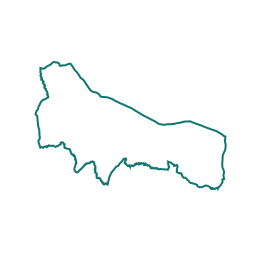 outline of Sangkhom, Nong Khai, Thailand, rotated 341°
{"feature_id": "78962969B79910801110812", "entity_name": "Sangkhom", "entity_type": "district", "adm_level": 2, "iso_a3": "THA", "parent_name": "Thailand", "parent_adm1": "Nong Khai", "projection": "robinson", "projection_center": [102.176, 18.069], "detail": "fine", "context": "isolated", "style": "outline", "palette": "teal", "viewbox_px": 256, "rotation_deg": 341, "n_neighbors": 0, "source": "geoboundaries", "source_scale": "gbopen_adm2", "svg_char_len": 5758}
<svg xmlns="http://www.w3.org/2000/svg" viewBox="0 0 256 256"><g transform="rotate(341 128 128)"><path d="M193.3,214.6L194.0,213.9L197.3,212.0L199.8,209.8L200.1,209.1L200.5,207.4L202.4,207.5L202.6,204.8L203.1,203.1L204.2,201.8L204.5,201.0L204.4,200.0L204.7,199.1L204.6,197.5L204.4,196.3L205.1,193.5L208.6,184.9L210.2,183.0L212.7,180.4L213.8,178.5L215.0,175.4L215.2,172.7L215.4,172.1L217.3,167.8L216.1,166.8L215.5,166.0L214.9,164.8L210.5,159.7L202.9,153.7L197.5,149.0L192.8,145.4L189.0,142.0L183.8,140.4L180.9,140.0L179.4,140.1L176.8,139.5L172.9,139.1L169.2,138.2L166.5,137.2L163.8,137.0L160.2,135.2L158.6,134.1L157.2,132.7L156.4,131.3L146.9,121.5L137.1,109.8L135.4,108.4L132.0,105.0L128.7,102.1L125.1,98.5L122.6,95.6L119.2,92.8L117.9,92.0L113.5,90.1L112.2,89.1L111.9,88.2L111.9,87.2L110.5,85.1L109.6,84.2L106.5,82.3L105.6,81.5L104.4,79.0L101.8,69.0L100.9,67.0L99.5,65.2L98.5,60.6L97.6,58.0L96.8,56.7L96.5,55.8L95.4,51.0L94.6,48.7L93.8,48.2L91.7,48.1L89.8,48.3L88.3,48.1L86.6,47.5L84.4,47.3L83.8,46.9L83.9,45.0L83.5,44.1L82.9,43.3L82.0,42.8L81.2,42.7L80.6,42.1L79.5,41.4L77.7,41.7L76.1,42.6L74.8,42.9L70.7,43.5L68.5,44.5L67.7,44.5L66.9,44.2L64.7,42.8L63.6,46.2L63.2,46.8L63.5,48.4L63.3,49.0L63.0,49.0L62.8,49.7L62.3,49.9L62.2,50.6L62.4,51.1L62.3,51.9L62.7,52.1L62.5,52.4L62.8,53.2L62.3,53.4L62.3,53.6L62.0,53.8L62.1,54.1L61.9,54.2L62.6,54.7L62.8,55.4L62.7,56.0L62.9,56.3L63.2,56.4L63.3,56.6L63.0,57.2L62.4,57.5L62.6,57.9L62.4,58.4L62.7,58.8L62.5,59.3L63.1,59.6L63.2,60.0L63.2,61.6L62.9,61.9L62.4,61.9L62.4,62.2L62.1,62.4L62.0,62.9L62.0,63.1L63.0,64.3L62.8,64.5L62.7,65.0L62.9,65.2L62.8,65.5L63.3,67.4L63.0,68.7L63.3,69.4L63.1,69.6L62.5,69.9L62.7,70.3L62.5,71.0L62.8,71.6L62.7,72.1L62.8,72.6L62.5,73.1L59.2,73.7L56.4,73.9L54.9,74.5L53.8,75.3L52.5,76.8L50.5,78.5L49.4,80.4L47.6,81.8L45.5,84.0L45.1,85.3L45.8,86.2L46.0,86.8L46.0,87.6L44.7,92.6L43.6,97.9L43.4,101.3L42.1,105.5L41.5,108.6L40.9,109.5L39.6,110.4L38.9,111.5L38.7,118.0L40.1,117.9L41.3,119.1L41.9,118.6L43.0,118.5L43.6,118.8L44.5,118.6L44.8,119.6L45.1,119.7L45.6,119.0L46.4,118.9L46.8,119.2L47.3,118.7L47.6,119.0L48.4,119.1L48.8,119.5L49.9,120.1L51.6,120.3L52.5,121.6L53.3,122.3L54.5,122.0L56.0,122.2L57.7,121.5L59.2,121.5L59.3,121.2L59.4,120.2L59.9,119.9L60.3,119.9L61.2,120.2L61.9,120.7L62.0,122.1L62.7,122.5L62.8,122.7L62.5,123.4L61.9,124.1L61.8,124.7L62.0,125.4L61.6,125.8L61.6,126.1L63.2,127.3L66.0,129.1L66.2,129.7L65.9,131.0L66.2,131.5L65.9,132.3L66.3,133.5L66.0,134.2L66.5,134.5L66.8,135.2L67.4,135.2L67.6,136.6L68.2,136.3L68.5,136.9L68.3,137.7L68.5,139.6L67.8,140.1L67.7,140.9L68.3,141.5L68.1,142.0L68.0,142.9L67.7,143.2L67.8,144.1L67.3,144.4L67.3,144.8L66.7,145.1L66.6,145.5L64.2,148.6L63.8,149.8L63.7,151.1L63.9,151.6L64.8,153.2L65.4,153.5L66.5,153.3L67.9,152.6L68.2,152.2L69.0,152.1L69.6,151.6L70.7,151.4L70.9,151.1L71.6,150.9L72.1,150.4L72.8,150.3L73.2,149.9L73.6,149.9L73.8,149.4L74.5,149.2L74.9,148.8L75.3,148.8L75.7,148.4L76.2,148.7L76.7,148.1L77.0,148.2L77.6,148.0L78.2,148.2L78.5,148.5L78.9,148.3L80.1,148.8L81.1,148.6L81.4,147.9L81.7,147.8L82.7,148.3L83.4,148.0L83.7,148.1L84.0,148.7L84.8,149.3L84.6,150.2L84.7,150.4L84.1,151.5L84.3,152.4L84.7,153.0L84.7,153.6L84.5,153.9L84.3,154.8L84.1,154.7L83.7,155.1L83.7,155.8L82.9,156.5L83.0,157.1L83.4,157.5L82.9,157.9L82.8,158.8L82.5,159.2L82.5,159.7L83.2,160.1L83.4,160.7L83.3,161.0L83.5,161.4L83.3,162.1L83.0,162.3L83.1,162.5L82.9,162.8L82.8,163.5L82.2,164.3L82.3,165.0L82.5,165.3L83.5,165.7L84.0,165.7L84.0,166.1L84.3,166.3L84.5,166.1L84.8,166.2L85.2,166.6L85.2,166.8L85.4,167.6L85.1,169.0L85.4,169.5L85.8,169.5L85.9,171.1L86.4,171.1L86.5,171.3L86.1,172.2L86.6,173.4L87.0,173.5L87.3,173.3L87.5,173.5L88.1,173.1L88.8,173.6L89.1,173.4L89.0,173.1L89.7,173.2L90.3,173.8L90.1,174.5L90.3,174.8L94.5,168.2L97.7,164.9L104.2,160.8L105.6,160.7L106.5,160.5L108.5,159.0L111.3,157.6L113.6,155.9L114.0,155.8L115.8,156.1L116.2,156.5L115.8,157.4L115.2,157.4L114.9,157.7L114.9,158.2L114.5,158.5L114.4,158.9L113.9,159.1L113.7,159.4L113.7,159.7L113.4,160.0L114.0,160.7L114.0,161.0L114.3,161.2L114.6,161.7L114.8,162.7L115.5,163.8L116.1,163.9L116.5,164.5L117.0,164.3L116.9,163.9L117.0,163.8L117.1,164.2L117.5,164.5L117.5,165.0L117.8,164.5L118.3,164.8L118.6,164.6L118.7,164.8L119.3,164.6L119.8,165.3L120.2,165.1L120.6,165.7L121.7,165.3L122.2,165.5L122.6,165.1L122.8,164.5L123.2,164.4L123.3,164.8L123.5,164.8L123.7,164.7L123.7,164.4L124.1,164.4L124.5,164.2L124.7,164.9L125.0,164.9L125.8,165.7L126.0,165.7L126.2,165.4L126.6,165.7L126.8,165.2L127.4,165.7L127.6,165.1L128.1,165.6L128.3,166.1L129.2,165.5L129.9,166.3L131.0,166.3L131.4,167.1L131.3,167.5L131.7,167.4L131.4,167.8L131.5,168.4L132.1,168.5L132.5,168.0L133.0,167.9L133.1,168.5L134.1,168.8L134.3,169.0L134.1,169.5L134.3,170.0L135.7,170.2L136.2,170.7L136.3,172.0L136.6,172.4L136.4,173.0L136.5,173.5L137.8,173.7L138.0,173.5L138.3,174.1L138.6,174.0L138.8,174.2L139.3,174.4L139.6,174.7L139.8,174.5L140.2,174.5L140.5,174.8L140.8,174.6L141.9,175.7L142.3,175.6L142.3,176.0L142.7,176.1L142.7,176.4L143.5,176.7L144.0,177.3L145.7,177.3L146.2,177.8L152.2,180.4L152.7,179.6L154.1,178.6L154.1,175.7L155.0,172.9L157.8,175.3L158.4,176.8L159.5,177.7L159.2,178.9L160.0,179.0L162.0,178.8L162.3,179.0L162.4,180.4L160.5,183.4L160.4,184.4L159.9,184.9L160.0,185.8L162.2,187.8L162.9,187.7L163.4,188.1L163.9,189.9L163.6,190.5L163.8,190.8L163.8,192.2L164.3,192.6L164.7,193.4L166.0,193.6L166.5,194.2L167.2,196.3L167.9,197.2L168.7,199.5L169.3,200.2L172.5,202.3L174.5,203.9L174.7,204.2L174.7,205.2L175.1,206.1L176.5,207.4L179.0,208.0L182.1,207.6L183.2,207.8L186.2,210.3L186.3,211.5L186.8,212.8L187.5,212.7L188.1,212.1L188.4,212.3L188.4,212.9L188.5,213.2L189.2,213.2L189.8,213.9L190.2,214.0L190.7,213.7L191.2,213.8L191.8,213.5L192.5,213.6L193.0,213.5L193.3,213.8L193.3,214.6Z" fill="none" stroke="#0f766e" stroke-width="2"/></g></svg>